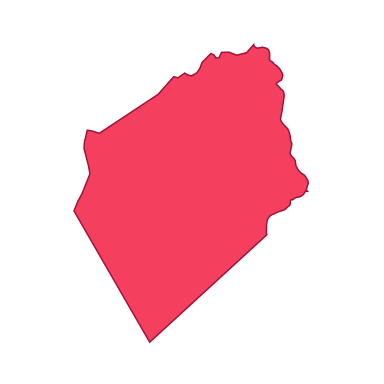 the district of Motete, Choiseul, Saint Lucia, rotated 188°
{"feature_id": "8701671B26969099511197", "entity_name": "Motete", "entity_type": "district", "adm_level": 2, "iso_a3": "LCA", "parent_name": "Saint Lucia", "parent_adm1": "Choiseul", "projection": "orthographic", "projection_center": [-61.026, 13.814], "detail": "fine", "context": "isolated", "style": "filled", "palette": "rose", "viewbox_px": 384, "rotation_deg": 188, "n_neighbors": 0, "source": "geoboundaries", "source_scale": "gbopen_adm2", "svg_char_len": 6021}
<svg xmlns="http://www.w3.org/2000/svg" viewBox="0 0 384 384"><g transform="rotate(188 192 192)"><path d="M213.0,37.4L112.0,160.0L112.5,161.5L112.6,162.0L112.7,162.4L112.7,162.9L112.8,163.3L113.0,164.2L113.0,164.8L113.0,165.3L113.1,165.7L113.1,166.2L113.2,166.6L113.2,167.1L113.3,167.4L113.3,167.9L113.4,168.4L113.5,168.9L113.6,169.5L113.6,170.3L113.6,171.1L113.6,171.8L113.6,172.3L113.6,172.7L113.6,173.1L113.6,173.5L113.6,173.9L113.6,174.4L113.5,174.8L113.4,175.2L113.3,175.6L113.2,176.0L113.0,176.3L112.7,177.1L112.5,177.5L112.2,178.0L111.9,178.4L111.4,179.1L111.0,179.5L110.4,180.1L110.0,180.4L109.8,180.5L109.1,181.0L108.7,181.2L108.0,181.6L107.7,181.8L107.3,182.1L106.5,182.6L106.0,183.0L105.7,183.2L104.9,183.6L104.6,183.8L104.3,184.0L103.9,184.2L103.5,184.5L103.1,184.7L102.7,184.9L102.4,185.1L101.9,185.3L100.9,185.8L100.7,185.9L100.2,186.1L99.8,186.3L99.3,186.5L99.0,186.7L98.6,186.9L98.2,187.1L97.8,187.4L97.5,187.7L97.2,187.9L96.8,188.4L96.3,189.1L96.0,189.5L95.8,189.8L95.6,190.1L95.2,190.5L95.0,190.8L94.7,191.2L94.3,191.5L94.0,191.7L93.7,192.1L93.5,192.4L93.3,192.8L93.1,193.1L93.0,193.5L93.0,193.9L93.0,194.6L93.0,195.0L93.1,195.3L93.3,195.8L93.3,196.2L93.4,196.9L93.2,197.3L92.9,197.7L92.6,198.1L92.3,198.3L91.9,198.5L91.5,198.3L91.1,198.4L90.8,198.7L90.5,199.0L90.2,199.4L89.7,199.8L89.4,200.1L89.1,200.4L88.8,200.6L88.6,200.7L88.1,201.0L87.9,201.1L87.5,201.3L87.2,201.4L86.8,201.5L86.3,201.7L85.9,201.8L85.5,201.9L85.0,202.1L84.6,202.3L83.8,202.8L83.1,203.3L82.4,203.8L82.1,204.1L81.8,204.5L81.5,204.9L81.2,205.3L81.1,205.7L80.9,206.0L80.6,206.5L80.4,206.9L80.3,207.3L80.1,207.7L79.9,208.1L79.8,208.5L77.8,208.8L79.1,209.8L78.5,214.9L78.0,216.3L78.1,216.8L78.3,217.7L78.4,218.1L78.5,218.5L78.6,219.0L78.8,219.3L79.1,219.8L79.4,220.1L79.6,220.3L79.8,220.7L80.1,221.0L80.4,221.4L80.7,221.7L81.2,222.5L81.6,222.9L81.9,223.2L82.2,223.4L82.8,224.1L83.3,224.5L83.8,224.7L84.2,224.9L85.0,225.3L85.4,225.4L86.2,225.6L86.6,225.9L86.9,226.2L87.3,226.4L87.5,226.6L88.1,227.1L88.5,227.4L89.2,228.0L89.5,228.3L89.8,228.6L90.1,229.0L90.5,229.3L90.7,229.6L91.0,230.0L91.2,230.4L91.4,230.6L92.0,231.5L92.3,231.8L92.5,232.2L92.7,232.5L92.9,233.0L93.0,233.4L93.1,233.8L93.2,234.2L93.4,234.7L93.5,235.1L93.7,236.0L93.9,236.7L94.0,237.1L94.3,237.5L94.7,238.2L95.0,238.6L95.3,238.9L96.1,239.7L96.4,239.9L96.8,240.2L97.2,240.3L97.5,240.6L97.8,240.9L98.1,241.1L98.5,241.4L98.7,241.8L99.2,242.4L99.5,242.7L99.8,243.0L100.0,243.3L100.1,243.8L100.2,244.3L100.2,244.7L100.2,245.1L100.2,245.5L100.2,246.0L100.1,246.5L100.1,246.9L100.1,247.3L100.1,247.8L100.1,248.2L100.1,248.6L100.0,249.0L100.0,249.5L100.0,250.3L99.9,250.7L99.9,251.2L99.9,251.7L99.8,252.2L99.8,253.3L99.9,253.7L100.1,254.1L100.3,254.5L100.5,254.9L100.7,255.3L100.9,255.7L101.1,256.0L101.2,256.4L101.4,256.8L101.6,257.2L101.7,257.7L101.8,258.1L102.0,258.9L102.2,259.3L102.2,259.8L102.4,260.2L102.4,260.5L102.6,261.0L102.7,261.4L103.0,262.2L103.1,262.6L103.3,263.0L103.4,263.4L103.8,264.1L104.0,264.4L104.2,264.8L104.4,265.3L104.6,265.6L104.7,266.0L105.0,266.4L105.2,266.8L105.5,267.1L105.7,267.4L105.9,267.7L106.2,268.0L106.5,268.3L106.8,268.6L107.2,268.8L107.6,269.1L107.9,269.4L108.3,269.6L108.6,269.9L109.8,270.8L110.1,271.1L110.4,271.3L110.8,271.6L111.1,271.9L111.4,272.2L111.7,272.5L112.0,272.8L112.3,273.1L112.8,273.8L113.2,274.1L113.5,274.5L113.7,274.8L113.9,275.2L114.2,275.6L114.4,276.5L114.5,276.9L114.5,277.5L114.5,277.9L114.4,278.7L114.4,279.4L114.4,279.8L114.4,280.2L114.4,280.7L114.3,281.3L114.3,281.9L114.3,282.3L114.3,282.6L114.2,283.1L114.2,284.3L114.2,284.7L114.2,285.2L114.1,285.5L114.1,287.8L114.1,288.2L114.1,288.5L114.1,289.0L114.1,290.0L114.1,290.3L114.1,294.4L114.1,295.3L114.1,297.3L114.1,297.8L114.1,298.3L114.1,299.1L114.1,299.4L114.1,300.0L114.2,300.6L114.3,301.1L114.5,301.9L114.6,302.2L114.8,302.7L114.9,303.1L115.1,303.6L115.3,304.1L115.7,304.5L116.0,304.8L116.4,305.1L116.8,305.4L117.1,305.7L118.2,306.3L118.5,306.6L118.9,306.9L119.3,307.2L119.6,307.5L120.1,308.0L120.5,308.3L120.9,308.7L121.3,309.0L121.5,309.2L121.9,309.4L122.2,309.6L122.4,309.8L122.8,310.1L123.1,310.4L123.4,310.6L123.5,311.0L123.5,311.3L123.4,311.6L123.1,311.9L122.7,312.2L122.5,312.5L121.8,313.0L121.4,313.4L120.7,314.0L120.2,314.3L119.8,314.7L119.4,315.0L119.1,315.3L118.9,315.7L118.8,316.2L118.7,316.7L118.7,317.1L118.7,317.4L118.6,317.8L118.5,318.2L118.4,318.6L118.3,319.0L118.3,319.4L118.3,319.8L118.3,320.2L118.4,320.6L118.6,321.1L118.8,321.4L119.0,321.8L119.2,322.2L119.5,322.6L119.7,322.9L120.0,323.3L120.3,323.6L120.5,324.0L120.8,324.3L121.1,324.6L121.2,324.9L121.5,325.2L121.7,325.6L122.0,325.9L122.4,326.3L122.6,326.5L123.0,326.7L123.4,327.0L123.8,327.3L124.2,327.6L124.5,327.9L124.9,328.1L125.3,328.4L125.6,328.6L126.3,329.0L126.6,329.2L126.9,329.3L127.3,329.5L127.6,329.6L128.0,329.9L128.3,330.1L128.7,330.3L129.0,330.5L129.4,330.9L129.7,331.2L130.2,331.8L130.7,332.1L131.1,332.2L131.9,332.5L132.6,332.8L133.0,333.0L133.3,333.4L133.5,333.8L133.7,334.1L133.7,334.5L133.7,335.0L133.8,335.4L133.8,335.8L133.9,336.3L134.0,336.7L134.0,337.2L134.0,337.6L134.1,338.0L134.2,338.4L134.3,338.8L134.3,339.2L134.4,339.8L134.4,340.2L134.5,340.6L134.7,341.0L134.9,341.4L135.1,341.7L135.3,342.0L135.5,342.4L135.6,342.7L135.8,343.2L136.1,343.5L136.4,343.8L136.8,344.0L137.2,344.2L137.5,344.3L137.9,344.5L138.4,344.7L138.9,344.8L139.3,344.9L139.7,345.0L140.1,345.0L140.7,345.0L141.1,345.1L141.6,345.1L142.1,345.2L142.6,345.1L142.9,345.0L143.3,344.9L143.8,344.7L144.6,344.4L145.9,344.0L146.4,343.9L146.8,343.7L147.7,343.6L148.1,343.7L148.5,343.8L149.0,343.9L149.3,344.1L149.7,344.4L150.1,344.6L150.4,344.9L150.8,345.3L151.1,345.7L151.2,346.0L151.4,346.6L157.3,337.6L162.2,335.6L166.6,333.7L174.7,335.6L182.1,334.4L184.0,328.6L187.1,328.0L188.9,330.5L192.6,331.8L200.1,321.6L201.3,315.8L203.8,310.7L208.8,306.9L213.1,307.5L215.6,308.8L221.8,303.1L226.1,303.7L239.2,283.9L291.9,237.3L300.0,238.6L304.3,238.6L305.5,225.8L304.9,220.0L298.1,203.4L295.6,195.8L300.6,175.3L303.7,167.0L306.2,156.8L213.0,37.4Z" fill="#f43f5e" stroke="#9f1239" stroke-width="1.5"/></g></svg>